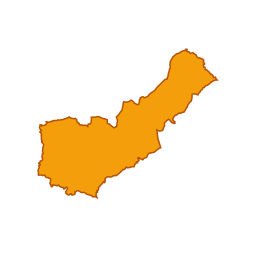 Sozoranga, Loja, Ecuador (orthographic projection), rotated 251°
{"feature_id": "8360857B65989855164186", "entity_name": "Sozoranga", "entity_type": "district", "adm_level": 2, "iso_a3": "ECU", "parent_name": "Ecuador", "parent_adm1": "Loja", "projection": "orthographic", "projection_center": [-79.77, -4.3], "detail": "fine", "context": "isolated", "style": "filled", "palette": "amber", "viewbox_px": 256, "rotation_deg": 251, "n_neighbors": 0, "source": "geoboundaries", "source_scale": "gbopen_adm2", "svg_char_len": 5778}
<svg xmlns="http://www.w3.org/2000/svg" viewBox="0 0 256 256"><g transform="rotate(251 128 128)"><path d="M159.2,46.8L159.6,45.9L158.8,45.7L157.6,44.6L155.3,44.6L153.9,45.4L153.7,45.3L153.4,43.7L152.8,43.4L151.8,44.0L150.8,43.9L150.0,44.2L149.6,44.1L149.0,43.4L147.8,43.3L145.8,42.5L144.6,42.4L143.7,42.8L143.6,42.7L143.2,42.0L142.7,41.8L140.1,42.9L139.2,42.7L136.9,40.9L135.7,40.6L134.3,39.7L133.5,39.5L132.4,39.7L131.8,39.6L131.2,38.4L130.4,38.5L129.3,37.4L128.5,37.2L127.3,37.4L125.8,36.7L125.3,36.2L125.0,35.7L125.4,34.4L124.5,33.8L124.2,33.5L124.0,32.3L123.8,32.0L123.5,32.0L123.3,32.4L122.8,32.8L121.8,33.1L121.5,32.5L121.6,31.5L121.5,31.4L120.6,31.4L119.8,31.2L117.1,29.1L114.4,28.6L113.3,28.1L112.5,28.1L112.1,30.1L110.8,31.7L110.8,33.4L110.6,33.8L110.2,34.1L109.3,34.0L108.1,34.4L107.4,35.3L107.2,36.2L106.2,36.9L105.8,37.7L105.4,38.2L105.1,38.2L102.4,37.2L101.6,36.3L101.2,36.2L97.4,36.5L97.2,37.1L97.3,37.6L97.9,37.9L98.7,38.0L98.7,38.5L97.2,41.2L96.4,42.1L96.7,43.0L96.7,43.7L96.2,44.1L95.3,44.2L94.5,45.1L93.7,45.6L92.8,47.6L91.6,47.3L91.2,47.5L91.1,48.5L92.0,49.6L92.1,50.1L91.9,50.8L91.6,51.1L90.9,51.2L90.4,51.0L88.5,49.1L88.0,48.4L86.9,48.0L86.0,48.2L84.3,49.6L83.8,50.4L84.3,51.8L84.4,52.8L84.2,53.1L83.1,52.9L82.9,53.1L82.6,54.2L82.7,56.0L83.1,56.5L83.4,56.7L84.8,56.8L84.6,57.8L85.3,59.3L84.9,60.5L82.2,62.9L81.8,63.6L81.7,65.0L80.6,66.4L78.8,67.5L76.1,71.4L74.3,72.3L74.0,74.0L73.2,75.4L72.3,76.0L73.7,76.1L75.0,75.8L75.8,76.4L77.2,76.9L77.4,77.4L77.2,78.1L77.4,78.5L77.7,78.5L78.3,78.0L78.7,78.0L79.0,78.4L78.9,79.3L79.3,80.0L79.7,80.3L80.6,80.4L81.4,80.8L81.6,81.3L81.7,82.1L82.7,82.8L83.4,84.9L84.5,86.2L84.6,86.6L84.0,87.8L84.1,88.1L85.0,87.7L85.3,88.1L84.8,88.5L84.8,88.9L85.8,89.4L86.6,89.4L87.3,89.9L87.7,89.9L88.2,91.2L88.6,93.1L87.9,94.2L87.1,96.6L87.5,98.1L87.5,99.1L87.6,99.6L86.9,100.7L86.9,101.9L88.5,106.1L89.2,107.4L90.1,109.4L90.2,110.2L90.0,110.8L90.4,111.4L90.4,112.3L91.0,112.7L91.7,113.6L90.5,114.6L90.2,116.2L90.0,119.5L89.4,121.0L89.8,121.6L91.5,122.6L91.6,123.3L92.2,124.4L92.6,124.7L92.4,125.0L92.8,125.1L92.3,125.6L93.1,125.8L93.0,126.4L93.7,127.8L94.6,128.0L96.1,127.4L96.6,127.7L96.5,128.4L94.7,129.9L93.1,131.7L94.0,132.8L94.3,134.8L94.1,135.6L94.4,136.3L96.9,138.6L97.3,140.0L96.8,141.6L96.9,142.3L96.6,144.9L98.5,150.2L98.7,152.5L105.8,152.8L107.0,152.6L116.9,154.6L116.4,155.0L114.7,156.9L114.5,160.0L115.0,160.2L115.9,161.3L116.4,161.4L117.5,162.4L117.6,162.8L117.9,163.2L121.0,164.2L122.3,166.8L123.0,169.2L122.0,170.0L120.5,170.4L118.8,171.3L118.2,171.9L118.0,172.4L117.3,172.9L117.2,173.8L117.8,173.7L118.4,174.3L118.6,174.4L120.1,173.3L121.3,173.0L122.4,173.6L122.6,174.1L123.6,174.9L124.7,177.0L124.7,177.4L124.4,178.2L124.5,178.5L125.0,178.9L125.1,179.8L125.5,180.9L125.4,181.3L125.0,181.8L124.8,182.2L125.1,183.0L124.9,183.7L125.1,184.6L124.7,185.9L125.3,186.3L125.3,186.8L126.8,188.7L128.0,189.7L128.5,190.9L129.4,191.2L129.8,191.5L132.3,194.9L132.8,196.4L133.2,196.8L136.1,198.5L138.7,199.4L139.1,199.7L139.2,200.1L138.1,203.2L136.5,204.9L137.4,205.6L138.0,206.4L138.3,207.4L139.0,208.3L139.8,209.0L140.5,211.0L141.5,211.9L141.6,212.5L141.4,213.2L142.8,215.2L142.6,215.9L142.6,217.4L143.3,219.0L143.3,219.6L143.6,220.4L144.3,221.3L144.2,221.8L144.5,222.2L144.4,222.7L144.7,223.4L144.9,226.3L144.5,227.3L144.4,227.9L145.3,227.3L147.6,227.3L147.6,225.7L147.9,225.3L148.5,225.1L149.2,225.5L150.5,225.0L151.0,224.9L152.0,224.1L152.1,223.6L152.4,223.3L153.7,223.3L157.4,221.3L157.7,221.0L157.9,220.2L158.2,220.0L160.2,220.6L161.1,219.5L161.9,219.4L163.2,219.9L163.4,221.1L163.8,221.3L164.3,221.3L165.6,220.5L166.4,221.3L167.1,221.6L167.6,221.6L168.5,221.3L169.9,219.9L170.3,219.1L170.8,218.7L171.3,217.6L171.7,217.1L173.0,216.3L175.1,216.1L176.1,215.1L176.6,215.0L177.0,214.4L178.0,214.1L178.2,213.6L178.1,212.2L178.5,211.1L180.2,210.5L180.5,209.3L181.8,208.4L182.4,209.2L183.0,209.5L183.7,208.6L182.7,206.8L183.0,204.2L182.5,201.5L182.1,200.0L182.3,198.3L182.2,197.5L181.4,195.8L180.9,194.2L180.5,193.3L179.4,192.4L177.9,190.5L177.1,190.0L176.6,189.3L176.0,189.2L174.4,188.2L172.5,188.1L171.7,187.9L169.5,185.9L168.6,185.7L166.9,184.2L163.8,182.6L162.7,181.5L161.6,181.1L161.5,180.8L161.9,178.9L157.5,169.7L156.3,167.5L155.5,166.6L154.7,165.2L153.4,160.3L152.8,159.0L151.8,157.6L151.3,155.7L151.2,153.7L151.6,153.2L152.6,152.4L152.9,151.3L152.5,150.7L152.6,149.7L152.3,149.3L151.3,148.7L150.9,148.0L148.8,147.2L147.7,146.3L146.8,145.8L147.3,144.1L147.8,143.6L148.6,143.1L149.4,142.2L150.4,141.9L152.6,140.8L153.3,140.0L153.3,139.4L152.7,137.6L152.7,136.4L153.1,134.3L154.3,132.4L152.8,131.4L151.1,130.7L146.8,128.1L146.2,127.2L145.7,126.1L144.6,125.0L144.2,124.3L143.7,123.9L143.6,123.2L143.2,122.7L142.4,120.7L142.0,120.5L140.7,120.7L139.3,120.6L138.1,120.3L137.3,120.0L136.6,119.4L134.1,118.3L133.1,117.7L133.2,116.6L132.7,115.4L132.7,115.1L133.1,114.5L136.1,112.5L137.6,111.9L138.6,110.5L139.3,110.1L142.7,111.0L144.2,109.1L144.9,107.8L147.5,104.8L148.4,104.0L149.0,100.5L150.1,96.8L147.8,96.2L146.6,95.4L145.1,94.9L144.3,93.6L144.4,92.6L144.3,92.4L144.6,92.0L144.6,91.7L143.5,90.7L142.6,90.4L143.9,89.6L144.7,88.3L144.8,88.0L144.8,87.3L145.2,86.1L145.5,85.6L146.0,85.4L146.3,84.1L146.8,83.4L147.1,83.2L148.1,83.3L148.3,82.8L149.0,82.7L149.3,82.4L149.8,82.3L150.5,81.7L152.4,82.2L153.4,81.7L153.7,81.4L154.1,81.4L154.3,80.3L155.5,77.8L156.7,76.5L157.7,76.0L157.2,74.6L157.3,73.2L157.1,71.9L157.4,71.1L157.1,69.6L157.6,67.2L157.8,65.5L158.2,65.0L158.4,64.2L158.5,63.8L158.2,63.2L158.6,62.5L159.0,60.6L159.4,59.8L159.4,59.6L159.0,59.3L159.2,59.0L159.0,57.7L159.3,57.4L159.2,56.7L159.3,56.1L159.2,55.3L159.3,54.6L161.0,52.3L159.8,52.9L158.7,52.7L158.4,52.3L158.2,51.2L157.6,50.1L157.6,49.9L157.9,49.3L158.0,48.0L158.9,47.5L159.0,47.4L158.5,46.9L159.2,46.8Z" fill="#f59e0b" stroke="#b45309" stroke-width="1.5"/></g></svg>